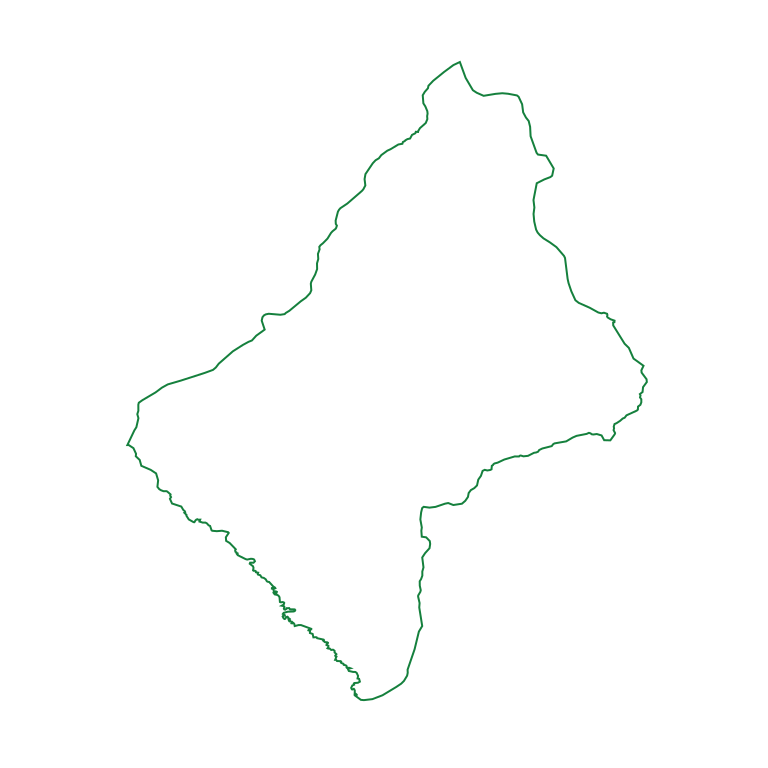 the district of Khua, Phôngsali, Laos, rotated 84°
{"feature_id": "54806243B94701864875759", "entity_name": "Khua", "entity_type": "district", "adm_level": 2, "iso_a3": "LAO", "parent_name": "Laos", "parent_adm1": "Phôngsali", "projection": "equal_earth", "projection_center": [102.473, 21.051], "detail": "fine", "context": "isolated", "style": "outline", "palette": "green", "viewbox_px": 768, "rotation_deg": 84, "n_neighbors": 0, "source": "geoboundaries", "source_scale": "gbopen_adm2", "svg_char_len": 6156}
<svg xmlns="http://www.w3.org/2000/svg" viewBox="0 0 768 768"><g transform="rotate(84 384 384)"><path d="M71.7,274.9L74.1,281.7L79.8,291.4L87.6,303.4L92.0,308.6L94.5,309.4L97.7,312.9L100.9,315.3L109.0,315.5L112.2,313.9L117.2,312.4L119.7,312.4L122.1,313.1L125.1,313.2L128.8,315.2L133.3,321.5L135.9,323.5L136.9,323.8L136.5,326.0L137.9,326.6L139.2,330.1L142.6,332.4L142.9,335.1L143.9,337.3L144.6,338.0L145.3,339.9L147.0,340.6L147.3,344.7L151.2,353.0L152.3,356.3L156.1,362.8L159.0,365.5L160.6,369.0L163.3,372.1L173.3,380.5L178.2,381.9L184.6,381.8L188.2,384.2L189.6,385.7L200.7,401.6L204.6,409.0L206.0,410.5L207.8,411.8L216.4,415.0L219.7,415.2L221.6,414.3L223.8,415.3L224.6,415.9L226.7,419.2L228.2,420.9L233.5,425.0L237.7,430.1L239.3,432.6L240.8,434.0L243.4,434.0L247.7,436.1L252.8,436.3L257.0,438.0L262.7,438.5L267.9,441.0L274.7,445.6L276.6,446.3L283.2,446.5L285.9,448.0L290.0,452.7L293.1,458.2L301.3,470.5L303.1,474.3L304.1,475.5L304.3,479.8L302.1,491.3L302.4,494.3L303.2,496.2L304.9,497.9L308.2,499.0L317.4,497.0L322.6,506.0L326.9,510.8L327.9,514.3L330.4,520.3L335.7,530.9L346.5,546.2L350.0,549.5L352.1,552.6L354.2,561.0L359.4,585.8L361.8,599.1L364.4,605.2L368.5,612.1L374.8,625.9L377.0,629.8L378.9,630.5L385.0,631.1L388.2,632.5L392.3,631.8L401.1,634.8L404.0,637.1L417.9,645.6L418.0,644.3L421.6,639.9L427.5,637.9L429.9,638.4L434.0,634.9L440.0,633.9L445.0,625.0L449.1,620.0L456.2,618.7L462.6,620.1L465.1,618.5L466.4,616.8L467.6,614.4L467.8,611.8L468.2,610.9L471.5,607.8L472.8,608.3L474.2,607.6L475.8,608.9L480.7,607.3L484.7,598.4L488.2,596.8L489.7,595.4L490.7,595.1L491.2,596.0L493.5,594.1L494.3,594.3L498.3,592.3L501.5,587.8L501.6,587.0L499.9,585.7L499.2,584.7L499.0,583.7L499.6,582.9L499.7,581.0L501.5,581.9L502.9,578.8L503.2,576.0L504.1,574.7L506.2,573.2L507.0,571.8L511.4,570.8L512.0,570.2L512.9,565.6L513.0,560.4L515.1,554.5L515.9,554.0L519.9,557.3L523.5,557.4L526.0,554.1L532.9,548.7L533.7,549.4L535.3,549.3L536.0,548.4L536.7,548.4L537.1,547.3L537.7,547.3L538.0,547.9L539.0,547.3L543.7,539.9L544.3,538.4L543.9,534.6L544.3,532.7L545.0,531.5L546.8,530.9L548.1,532.4L547.7,535.8L548.7,536.3L551.6,533.3L553.2,533.0L555.6,533.7L556.1,533.3L556.2,532.0L556.8,531.1L557.8,531.1L558.5,528.9L559.6,529.5L560.3,529.3L561.3,527.0L563.5,526.0L564.3,523.8L565.9,522.0L567.8,521.2L568.4,520.6L568.9,518.9L573.7,515.4L575.0,513.8L575.7,513.4L575.9,513.9L575.0,515.9L575.2,516.8L575.8,516.9L576.4,515.4L578.9,515.3L578.9,513.3L579.5,512.3L580.4,512.6L580.8,513.3L580.0,514.3L579.8,515.2L580.1,515.7L581.8,514.7L582.7,512.0L583.6,511.0L585.1,510.2L589.9,510.3L590.3,509.5L590.3,507.5L590.8,506.4L591.3,506.1L592.9,506.8L593.8,508.9L594.4,506.9L595.2,506.4L597.0,507.1L597.8,506.7L598.1,505.8L597.4,504.6L596.8,504.4L597.0,501.7L598.3,501.0L598.8,496.4L599.6,495.9L600.4,496.4L600.8,497.5L600.4,503.4L601.1,507.7L602.1,508.6L603.4,506.9L604.0,506.8L604.0,508.6L604.6,509.1L606.4,508.4L607.3,507.6L607.2,506.8L605.6,505.5L605.3,504.5L605.8,503.9L607.7,503.6L607.4,502.7L607.7,502.4L608.7,503.4L609.4,503.3L609.4,502.2L610.3,502.4L610.8,500.4L611.3,500.2L612.3,500.9L612.5,500.2L612.1,499.1L613.2,498.3L615.4,498.1L614.8,494.0L615.1,491.7L619.9,481.9L620.4,482.0L620.7,484.7L621.1,484.9L621.7,483.4L623.9,483.7L625.1,481.1L628.6,480.7L628.7,478.1L629.0,477.4L629.8,477.1L631.9,470.8L632.4,470.5L633.0,471.2L634.5,469.8L635.0,467.4L635.5,466.8L636.0,467.0L636.8,468.3L637.6,468.5L638.5,466.7L640.0,466.9L640.9,467.8L641.3,467.1L641.4,465.7L643.0,464.3L642.9,462.5L643.5,461.7L644.3,461.0L645.8,461.2L647.7,459.6L649.1,460.9L649.9,460.6L650.2,459.8L653.2,461.4L653.3,460.4L654.6,459.7L655.1,456.1L655.6,455.6L656.5,456.0L657.0,455.6L658.0,453.6L659.1,453.4L659.8,451.4L660.8,450.6L662.0,450.9L662.5,450.5L662.6,448.3L663.2,447.1L663.5,449.2L663.9,449.6L665.7,449.0L667.1,444.9L667.4,442.6L668.4,441.4L671.6,440.3L674.1,441.1L674.6,439.6L677.5,439.1L678.4,441.2L678.3,444.7L678.7,445.3L679.9,445.1L680.5,447.0L682.8,448.4L684.3,447.9L684.5,447.4L684.0,445.9L684.5,445.5L685.9,445.1L688.2,445.4L690.1,443.6L690.5,443.7L690.0,445.7L690.5,445.7L695.7,440.0L696.3,437.0L696.2,428.5L693.4,418.0L686.6,403.5L683.8,398.2L681.4,395.2L676.5,391.5L673.7,390.6L670.6,390.4L651.0,381.3L633.9,375.2L628.7,371.3L609.9,372.3L605.6,371.5L599.0,372.3L597.9,372.1L594.5,369.6L592.9,369.0L588.4,369.5L583.9,369.1L581.9,367.5L578.6,365.9L574.5,365.5L570.5,363.9L560.5,364.1L556.5,360.8L552.1,355.9L547.9,354.8L545.0,354.9L540.9,358.1L539.8,362.4L533.8,362.2L530.7,361.4L522.5,362.0L515.6,360.5L511.4,359.0L510.3,357.4L511.7,351.7L511.6,345.6L509.4,335.8L509.1,332.6L511.6,327.7L511.2,319.0L508.7,315.4L505.1,312.3L501.3,311.2L498.6,308.7L497.0,305.1L494.6,302.1L488.9,300.2L485.5,297.2L480.7,295.0L479.9,292.8L480.8,290.3L480.6,287.3L480.1,286.0L476.6,285.3L476.1,284.2L475.3,283.6L474.6,282.5L474.1,279.2L471.7,272.3L469.7,261.5L470.2,257.3L469.6,256.6L469.4,255.5L470.5,252.9L470.5,248.3L468.1,242.0L468.0,239.8L467.4,237.8L465.9,236.6L464.7,233.3L463.3,223.7L461.6,222.1L460.9,220.7L460.1,208.8L457.0,202.0L455.7,197.9L454.8,187.7L454.0,185.3L454.7,183.7L455.7,182.7L456.1,181.1L456.0,177.6L457.9,173.0L462.9,170.9L463.7,164.8L458.1,159.8L457.0,159.3L453.9,160.5L452.0,159.8L450.5,160.0L447.9,158.9L447.3,156.9L445.3,153.0L443.3,150.2L442.7,148.2L440.5,146.1L436.9,135.4L436.0,134.2L433.0,133.7L431.5,131.2L429.1,130.0L426.1,129.7L424.1,130.8L422.2,130.1L420.8,130.6L419.0,127.7L414.2,126.7L409.5,122.4L406.7,122.4L399.6,126.6L397.3,126.6L393.0,124.0L384.8,133.2L373.7,136.7L369.1,140.5L349.7,149.9L346.8,149.7L346.6,148.4L345.1,148.1L343.3,151.9L341.2,154.6L340.2,155.1L338.8,154.6L337.5,154.8L336.1,157.8L336.4,160.4L335.3,163.4L329.7,171.4L323.7,181.8L320.7,184.9L311.4,188.0L303.0,189.9L298.7,190.4L277.6,190.8L275.4,191.6L265.9,198.2L260.5,204.2L255.8,210.2L252.3,213.4L249.4,215.4L246.3,216.6L238.2,217.6L230.5,217.5L224.2,216.0L216.7,216.1L200.3,211.1L197.3,203.2L195.6,196.9L194.4,195.0L187.4,192.7L173.9,198.9L171.9,206.9L170.0,208.1L152.9,212.3L143.5,211.8L137.6,212.6L133.8,215.0L128.4,217.2L120.2,217.4L112.4,220.1L110.9,221.6L108.3,230.3L107.2,235.9L107.1,242.7L107.8,254.8L104.0,261.4L101.1,264.9L88.1,270.8L71.7,274.9Z" fill="none" stroke="#15803d" stroke-width="2"/></g></svg>